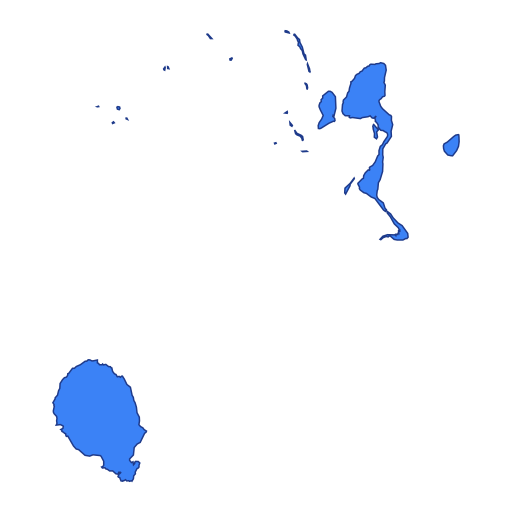 Kiriwina-Goodenough District, Milne Bay, Papua New Guinea (Natural Earth projection)
{"feature_id": "67681753B57057490318375", "entity_name": "Kiriwina-Goodenough District", "entity_type": "district", "adm_level": 2, "iso_a3": "PNG", "parent_name": "Papua New Guinea", "parent_adm1": "Milne Bay", "projection": "natural_earth1", "projection_center": [150.66, -8.912], "detail": "fine", "context": "isolated", "style": "filled", "palette": "blue", "viewbox_px": 512, "rotation_deg": 0, "n_neighbors": 0, "source": "geoboundaries", "source_scale": "gbopen_adm2", "svg_char_len": 5979}
<svg xmlns="http://www.w3.org/2000/svg" viewBox="0 0 512 512"><path d="M97.4,360.0L92.9,360.9L91.6,360.8L89.9,359.9L88.2,359.8L86.7,361.2L85.2,361.2L80.4,364.7L76.3,366.5L74.4,368.3L72.5,368.3L68.7,373.4L67.8,373.7L67.6,375.4L66.5,377.1L64.4,377.7L62.5,379.7L60.1,383.5L59.8,388.4L58.6,390.6L57.5,395.2L55.2,397.7L55.1,398.9L52.9,402.7L54.1,404.7L53.9,405.8L54.3,406.3L53.3,411.0L53.5,412.5L54.2,413.8L56.6,416.4L57.0,418.4L56.6,420.9L57.0,423.3L56.2,425.1L60.4,424.6L62.9,425.8L63.3,426.3L62.9,428.4L60.8,429.5L61.9,430.3L61.9,431.4L63.7,432.4L64.6,433.4L65.6,433.6L66.0,435.9L66.5,436.4L67.8,436.1L73.5,446.0L76.2,449.0L78.6,449.6L85.0,455.3L89.7,456.1L93.0,454.8L100.3,455.6L101.1,456.3L103.7,461.2L103.7,465.2L102.8,466.5L101.6,467.0L102.4,468.0L104.9,467.7L105.8,468.9L107.4,469.3L109.6,470.9L112.7,470.9L115.9,473.8L118.2,474.2L118.7,472.3L120.5,472.3L120.7,472.6L120.1,473.4L119.2,473.7L118.0,476.5L118.4,477.1L119.7,477.6L121.0,480.9L122.8,481.2L123.0,480.6L124.2,480.6L125.5,479.7L126.7,480.9L128.8,480.7L129.4,481.3L131.7,480.7L132.0,481.1L133.4,478.8L133.7,475.8L135.4,473.8L135.2,472.1L137.1,468.5L138.3,468.0L139.0,467.0L139.0,465.1L139.8,463.0L138.2,461.5L135.5,461.4L134.8,462.2L134.7,463.5L133.5,464.8L133.0,461.8L131.5,462.6L129.6,460.4L129.6,458.9L133.4,455.0L134.2,447.5L137.2,444.0L140.2,442.4L144.6,433.3L146.0,432.3L146.5,431.1L144.1,429.6L142.8,427.8L140.6,426.6L138.9,424.7L139.5,420.9L139.3,417.1L137.0,412.7L136.4,407.2L135.1,402.8L133.8,400.4L133.3,397.3L132.1,395.3L130.4,387.2L126.9,384.5L124.3,379.1L122.4,376.1L121.5,376.2L120.4,377.3L119.2,376.4L117.3,376.8L116.0,374.5L114.4,373.8L112.6,371.4L111.8,367.9L111.1,367.7L110.4,366.7L108.6,366.6L105.8,364.4L103.5,364.9L102.6,364.0L102.0,364.8L99.4,364.7L98.6,363.4L97.4,362.9L97.4,360.0ZM383.8,63.5L380.6,62.7L379.2,63.5L375.9,63.8L375.0,64.4L370.8,64.2L370.0,64.6L369.1,66.0L367.6,66.3L365.9,67.8L364.3,68.1L361.9,71.2L360.3,71.7L359.2,73.3L356.8,74.4L355.5,75.6L354.5,78.4L351.9,81.4L350.8,81.9L351.0,83.2L349.5,88.0L349.0,91.3L347.7,92.8L346.5,97.0L343.4,100.1L343.1,102.0L343.4,102.6L342.5,104.5L342.0,111.0L343.0,113.7L345.2,115.7L349.5,115.8L349.2,117.2L350.2,117.9L352.5,117.5L360.4,118.6L362.2,117.6L368.1,116.7L370.1,115.8L372.2,118.0L373.7,118.2L376.2,116.0L374.8,118.3L375.5,120.2L375.2,121.1L377.2,123.3L378.1,124.9L378.2,127.3L380.8,130.3L383.5,130.6L384.1,131.3L386.7,132.6L387.4,133.6L387.7,135.0L387.4,136.5L383.9,141.6L382.4,144.7L380.3,146.4L379.0,150.6L379.0,154.6L377.7,155.9L375.2,161.9L372.6,165.5L369.9,167.0L369.4,167.7L369.7,169.5L369.5,170.2L368.2,169.9L365.3,172.8L363.7,175.6L363.4,178.4L362.2,178.9L357.9,183.3L358.0,184.3L359.5,187.1L359.4,188.7L360.3,190.1L363.8,192.7L366.4,193.4L371.2,197.0L374.9,198.5L383.5,210.0L385.4,211.4L386.4,209.8L385.0,208.2L383.3,202.9L378.7,199.5L377.2,197.4L376.7,195.1L377.2,190.7L377.8,189.3L378.4,182.7L380.1,179.7L382.6,171.4L382.9,163.9L382.6,162.0L383.2,157.3L382.7,154.9L382.8,148.8L385.7,143.8L387.0,143.1L391.4,136.4L391.1,131.2L392.7,124.7L391.4,120.4L391.5,116.5L390.8,115.4L389.2,114.8L382.5,108.7L380.7,106.3L379.0,101.7L379.0,100.7L379.6,99.7L381.2,98.6L382.5,96.8L384.5,96.2L385.0,95.4L384.8,91.6L385.3,85.2L383.9,82.3L384.4,81.2L384.5,77.5L386.2,70.1L385.5,65.3L383.8,63.5ZM333.9,116.4L335.9,108.3L335.4,96.7L332.1,92.4L330.2,91.3L328.4,91.3L322.7,95.9L322.7,98.1L321.1,99.7L321.3,101.6L319.9,102.9L319.1,105.3L319.1,106.8L320.4,110.0L323.2,115.4L321.7,119.0L319.2,122.6L318.2,125.6L318.4,128.5L319.8,128.7L321.2,128.1L329.0,123.2L333.5,121.2L334.4,121.4L335.0,120.5L334.7,118.5L332.8,116.4L333.1,115.4L333.9,116.4ZM452.6,155.8L456.6,150.6L458.5,146.3L459.1,141.8L459.0,137.7L458.8,134.9L458.4,134.6L455.7,135.1L453.6,136.6L447.3,142.1L444.1,143.9L443.4,145.8L443.6,148.5L444.4,151.2L447.8,155.0L451.0,155.7L452.6,155.8ZM407.7,233.4L402.1,225.6L397.9,222.9L393.1,217.8L390.6,213.9L387.0,211.2L387.2,212.9L390.3,216.8L394.3,223.9L398.3,227.7L399.0,229.2L399.8,229.8L399.8,231.3L399.3,231.3L398.8,230.4L398.5,230.7L398.8,233.6L398.0,233.3L397.7,234.5L396.3,234.2L395.9,235.6L395.2,234.5L394.6,234.9L387.5,234.7L382.9,236.2L380.0,239.3L380.8,239.7L383.1,237.7L386.1,236.5L388.2,236.9L389.1,236.1L390.2,236.0L394.1,239.4L397.3,240.0L402.9,240.0L405.8,238.5L406.9,238.6L408.1,237.2L407.7,233.4ZM376.5,138.8L377.5,137.0L376.6,131.9L378.4,129.9L373.7,124.5L373.2,125.1L372.8,126.9L373.4,127.8L373.1,128.7L374.5,133.5L374.3,137.2L376.5,138.8ZM306.2,59.9L305.5,55.2L304.0,53.8L302.3,47.1L299.9,42.4L299.5,39.5L297.6,37.9L294.7,34.2L294.2,34.2L293.8,35.0L295.2,36.1L297.2,39.1L297.7,41.0L298.5,41.6L298.0,45.3L299.8,46.8L300.6,48.7L302.2,50.5L303.0,54.0L305.7,59.7L306.2,59.9ZM345.6,194.1L350.0,185.8L350.1,184.3L354.3,178.7L354.1,178.1L350.1,183.4L345.0,188.1L344.7,192.9L345.6,194.1ZM302.7,140.4L303.2,139.8L302.6,136.5L301.2,135.3L296.9,133.3L294.6,130.0L295.6,133.7L297.0,134.9L300.3,136.2L302.0,138.6L302.2,140.1L302.7,140.4ZM119.2,109.7L120.0,108.4L119.6,107.0L117.8,106.6L116.9,107.2L117.4,109.1L119.2,109.7ZM309.9,72.0L310.1,71.3L309.7,70.6L309.6,69.0L307.5,63.7L307.3,64.5L309.0,71.4L309.9,72.0ZM291.9,126.3L292.4,125.4L289.9,122.4L290.2,125.2L291.9,126.3ZM307.3,89.0L307.6,87.8L307.2,85.1L306.5,83.9L305.1,83.2L305.0,83.6L306.4,85.5L306.9,88.9L307.3,89.0ZM211.9,38.6L207.8,34.1L207.1,34.1L207.0,34.5L208.4,35.6L210.4,38.6L211.9,38.6ZM289.2,33.0L288.8,32.0L286.8,30.9L285.2,30.7L285.0,31.2L285.2,32.0L289.2,33.0ZM231.2,60.1L232.2,58.4L231.9,57.9L229.8,58.9L230.1,60.1L231.2,60.1ZM307.2,151.4L306.7,151.0L302.1,151.3L302.6,151.7L307.2,151.4ZM164.7,70.2L165.2,67.5L165.0,67.0L163.6,68.9L163.9,69.8L164.7,70.2ZM285.0,113.0L287.2,113.3L287.4,112.6L287.2,111.5L285.0,113.0ZM112.6,123.5L114.3,122.8L113.5,121.8L112.3,122.7L112.6,123.5ZM168.9,68.7L168.1,66.8L167.6,66.6L167.7,68.5L168.9,68.7ZM274.8,143.9L276.2,143.3L275.9,142.7L274.5,143.1L274.8,143.9ZM127.5,119.4L126.8,118.1L126.1,118.1L126.1,118.8L127.5,119.4ZM98.7,106.6L98.5,106.2L97.1,106.7L97.4,106.8L98.7,106.6Z" fill="#3b82f6" stroke="#1e3a8a" stroke-width="1.5"/></svg>